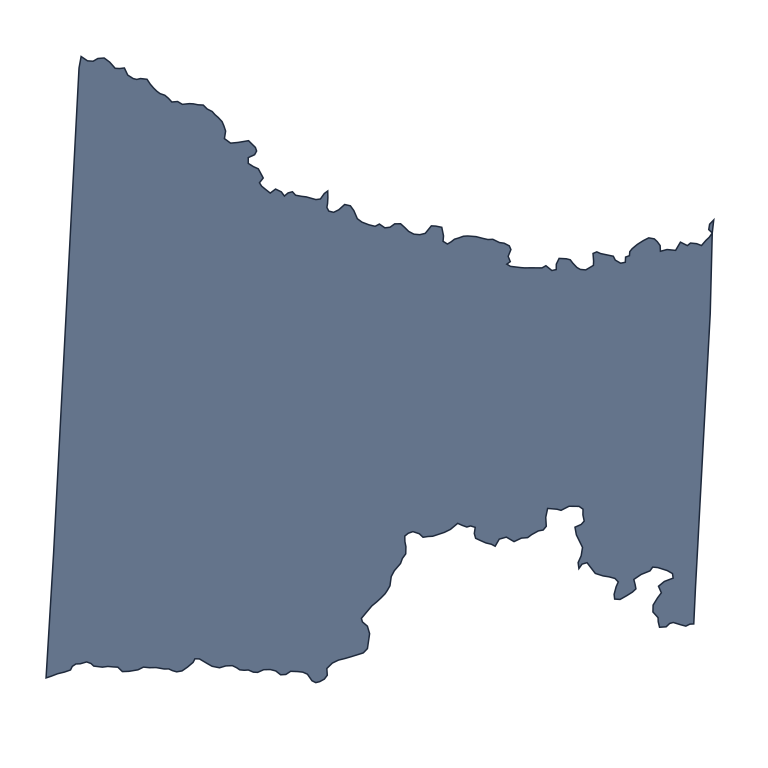 Monte Negro, Rondônia, Brazil, rotated 273°
{"feature_id": "56859067B64772459385796", "entity_name": "Monte Negro", "entity_type": "district", "adm_level": 2, "iso_a3": "BRA", "parent_name": "Brazil", "parent_adm1": "Rondônia", "projection": "albers", "projection_center": [-63.371, -10.246], "detail": "fine", "context": "isolated", "style": "filled", "palette": "slate", "viewbox_px": 768, "rotation_deg": 273, "n_neighbors": 0, "source": "geoboundaries", "source_scale": "gbopen_adm2", "svg_char_len": 4101}
<svg xmlns="http://www.w3.org/2000/svg" viewBox="0 0 768 768"><g transform="rotate(273 384 384)"><path d="M72.8,61.9L74.7,66.8L77.6,73.3L79.6,80.0L82.0,85.9L85.7,87.5L88.3,91.0L88.7,95.3L90.9,101.6L89.5,106.1L87.1,108.9L86.5,117.6L87.5,123.0L87.3,128.5L87.3,133.0L83.1,137.8L83.7,144.3L85.7,153.3L88.7,158.6L88.4,164.6L88.9,171.3L87.9,179.3L88.2,184.0L86.7,187.7L85.7,192.0L86.9,197.3L91.0,202.6L96.0,207.9L99.7,209.6L99.8,214.1L95.7,221.9L93.1,227.1L92.0,234.6L94.2,240.8L94.8,247.3L93.0,251.6L91.0,254.9L90.8,259.4L91.3,263.5L89.4,268.6L89.4,272.9L92.4,278.8L92.9,285.4L91.8,290.9L88.2,296.0L88.8,301.2L92.2,305.8L92.3,313.0L92.0,318.0L90.2,322.7L83.9,327.6L82.2,331.5L83.4,335.4L86.2,339.9L90.2,342.6L96.9,341.8L102.6,347.0L105.9,353.0L107.8,359.3L109.9,365.3L114.4,377.4L118.9,381.3L133.9,382.7L141.3,380.1L145.3,374.9L148.8,373.7L161.8,383.5L166.1,388.2L170.1,392.1L174.5,396.0L178.0,398.1L182.8,400.5L192.1,401.3L198.1,404.1L205.6,409.9L210.8,411.5L215.5,414.6L222.7,414.4L227.8,413.1L233.2,412.7L236.2,416.0L238.1,420.6L236.3,427.1L233.0,431.0L234.0,435.9L234.5,440.6L239.0,452.1L242.3,458.0L248.7,464.9L246.9,469.6L245.5,474.2L246.8,477.9L245.6,482.6L239.4,482.0L234.7,483.6L232.5,489.1L230.6,494.1L229.6,499.6L227.8,503.5L235.1,507.2L237.5,514.2L233.4,522.1L237.3,529.3L238.1,535.5L241.3,539.3L245.4,545.9L246.5,550.6L250.4,553.5L259.3,552.5L268.3,553.9L268.0,563.4L267.1,567.4L271.6,575.2L272.0,585.2L269.4,589.3L263.7,589.5L257.6,591.1L254.1,588.3L251.0,582.2L243.4,584.0L231.2,590.8L222.8,589.9L215.8,587.2L209.9,588.3L214.5,591.2L216.2,596.1L205.9,604.9L203.8,612.9L203.2,618.8L201.9,624.8L198.6,628.3L193.6,626.4L186.0,624.8L181.3,625.6L181.2,631.0L185.2,637.3L189.2,643.0L192.6,646.3L196.8,645.3L201.9,643.7L207.3,650.8L211.3,659.4L215.2,661.9L215.0,667.0L212.5,676.6L209.8,682.0L205.3,682.9L201.5,674.3L196.4,668.7L190.0,671.9L184.8,668.4L177.3,664.3L170.4,664.5L165.0,669.9L160.9,670.3L155.5,671.9L156.3,678.5L159.8,681.8L161.0,685.3L159.1,692.9L158.0,698.1L160.2,702.0L160.6,705.9L197.8,705.7L240.4,705.8L257.3,705.8L346.5,705.9L471.6,706.1L552.0,703.9L547.5,701.1L544.3,698.0L538.9,693.8L540.5,688.9L540.8,682.7L538.1,679.7L541.2,672.6L532.7,668.2L533.1,659.6L531.0,653.1L536.7,652.5L540.5,649.4L543.1,646.3L543.8,640.7L540.8,635.5L536.7,629.7L532.2,624.8L529.0,622.5L525.0,622.4L523.4,618.6L518.2,618.6L517.0,614.0L519.8,608.5L523.6,606.3L525.6,593.5L527.1,589.6L525.3,585.9L517.6,586.9L513.4,586.9L508.5,579.5L508.7,574.0L510.5,570.5L514.6,566.2L517.8,563.5L518.6,559.5L518.6,552.3L512.7,549.8L507.3,550.0L506.1,545.7L510.6,539.5L508.2,535.7L507.7,524.4L507.3,518.5L507.4,514.6L508.1,504.1L510.1,500.4L512.8,503.7L518.0,501.3L524.9,503.7L528.5,501.9L530.9,496.6L531.3,491.9L534.2,485.1L533.7,480.2L534.6,475.0L536.0,468.2L536.2,459.8L535.7,455.5L533.7,450.8L532.3,446.8L529.5,443.6L527.1,440.0L529.6,435.5L535.0,435.7L543.5,433.5L544.4,427.5L544.4,423.0L536.6,417.3L535.0,412.0L535.2,406.0L537.7,400.6L541.3,396.6L544.9,392.2L544.5,386.3L540.9,381.9L540.0,376.7L543.5,371.0L541.0,366.9L542.2,360.6L544.5,353.5L547.7,348.7L555.6,344.8L560.2,341.1L561.2,335.3L555.6,329.7L552.8,324.7L553.8,319.8L557.4,317.7L561.2,318.2L567.2,318.2L573.8,317.7L571.1,314.4L565.4,310.8L564.6,306.3L566.8,296.6L567.1,291.9L567.9,285.8L571.2,282.5L569.8,278.2L566.5,274.7L570.5,271.4L573.0,265.5L568.7,260.4L571.6,256.3L575.1,251.5L578.4,249.1L583.4,252.6L587.9,249.9L592.3,247.2L594.3,242.1L597.2,236.9L603.0,236.6L606.2,242.8L610.0,244.6L613.5,243.2L619.9,236.0L617.6,225.6L616.5,218.2L620.7,211.8L628.3,212.6L633.4,210.6L637.5,208.6L641.4,204.6L644.2,201.0L647.1,198.2L649.4,193.0L653.1,188.9L653.1,183.6L653.8,178.9L653.8,175.0L652.7,168.0L655.3,163.1L654.5,157.4L658.1,153.7L660.9,150.0L662.3,145.1L664.5,141.8L667.6,138.3L671.3,134.8L675.9,131.4L676.3,124.8L675.2,121.2L675.9,117.5L679.1,111.9L686.0,108.2L685.2,103.5L685.2,99.0L691.1,93.2L694.9,87.5L694.1,81.2L691.1,76.6L691.2,71.0L695.2,64.4L683.6,62.9L646.5,62.9L384.4,62.9L292.2,62.9L285.0,62.9L197.6,62.9L72.8,61.9ZM552.0,703.9L565.1,704.7L560.6,700.8L555.2,700.2L552.0,703.9Z" fill="#64748b" stroke="#1e293b" stroke-width="1.5"/></g></svg>